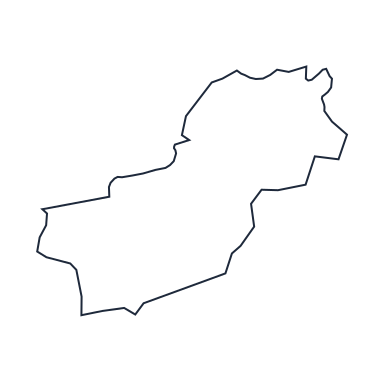 SVG path tracing the border of Alojas, rotated 265°
{"feature_id": "LVA-5755", "entity_name": "Alojas", "entity_type": "Municipality", "adm_level": 1, "iso_a3": "LVA", "parent_name": "Latvia", "parent_adm1": "", "projection": "albers", "projection_center": [24.909, 57.802], "detail": "fine", "context": "isolated", "style": "outline", "palette": "slate", "viewbox_px": 384, "rotation_deg": 265, "n_neighbors": 0, "source": "natural_earth", "source_scale": "10m", "svg_char_len": 1071}
<svg xmlns="http://www.w3.org/2000/svg" viewBox="0 0 384 384"><g transform="rotate(265 192 192)"><path d="M183.2,45.7L187.9,41.4L188.0,42.8L194.5,109.2L204.2,109.7L208.3,111.7L212.1,115.9L213.5,119.2L212.8,123.6L213.6,133.9L214.7,144.8L217.2,157.5L218.3,167.7L220.7,172.4L224.3,176.5L231.8,179.5L235.0,179.1L237.2,177.9L238.9,178.2L240.7,179.1L244.0,193.7L249.5,186.9L268.1,192.6L272.6,196.7L299.4,221.2L302.3,232.2L309.1,247.3L305.6,251.3L303.9,254.8L300.8,259.7L299.0,265.4L298.8,272.6L301.8,280.1L306.4,287.4L303.2,298.8L307.0,316.8L295.0,315.3L292.9,317.5L293.4,321.1L299.0,328.9L302.4,332.8L303.0,336.4L295.4,339.2L292.7,341.3L284.0,339.7L279.8,336.1L277.4,332.7L275.8,330.1L273.6,329.5L267.6,331.2L265.1,331.4L261.2,330.9L249.9,337.6L235.6,351.4L211.8,340.8L216.8,317.5L189.4,305.8L186.3,277.8L188.2,261.5L175.1,249.8L152.1,250.9L134.1,235.7L127.3,226.4L108.0,218.2L85.4,134.1L74.9,124.8L82.4,114.3L81.3,92.2L78.9,71.1L97.4,72.9L124.5,70.0L131.4,64.5L139.7,41.3L146.2,32.6L160.1,36.3L171.6,43.8L183.2,45.7Z" fill="none" stroke="#1e293b" stroke-width="2"/></g></svg>